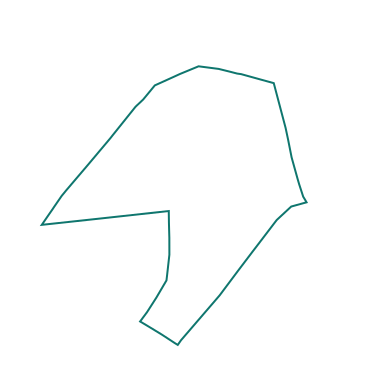 outline of Al-Aguza, Al Jizah, Egypt, rotated 48°
{"feature_id": "37247803B56780050438943", "entity_name": "Al-Aguza", "entity_type": "district", "adm_level": 2, "iso_a3": "EGY", "parent_name": "Egypt", "parent_adm1": "Al Jizah", "projection": "equal_earth", "projection_center": [31.205, 30.06], "detail": "fine", "context": "isolated", "style": "outline", "palette": "teal", "viewbox_px": 384, "rotation_deg": 48, "n_neighbors": 0, "source": "geoboundaries", "source_scale": "gbopen_adm2", "svg_char_len": 806}
<svg xmlns="http://www.w3.org/2000/svg" viewBox="0 0 384 384"><g transform="rotate(48 192 192)"><path d="M276.3,113.8L273.6,113.2L269.9,112.5L258.0,107.2L253.0,104.8L232.9,94.8L217.3,85.5L206.9,79.5L165.8,58.4L154.4,65.7L137.3,76.6L134.2,79.2L128.3,83.1L118.4,89.8L103.0,103.0L96.2,122.1L94.2,128.5L87.9,148.3L90.6,166.4L90.8,175.4L90.9,177.2L96.8,213.3L97.3,216.1L97.7,218.9L99.6,232.6L102.2,251.2L106.6,284.3L107.7,291.5L111.1,305.7L111.2,305.9L113.3,314.8L115.9,325.6L150.2,278.1L190.6,222.0L199.4,229.7L211.0,239.6L223.5,250.8L237.0,266.0L240.6,270.1L246.6,289.0L251.2,305.8L253.5,317.2L260.9,314.9L277.9,309.8L292.7,305.9L296.1,304.9L294.8,299.3L287.3,240.6L281.4,210.8L276.7,186.2L275.9,181.8L269.5,147.8L269.2,128.0L270.6,125.2L276.3,113.8Z" fill="none" stroke="#0f766e" stroke-width="2"/></g></svg>